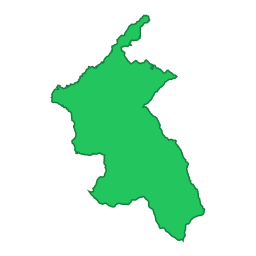 the district of Bolívar, Cauca, Colombia
{"feature_id": "7082276B53672126014760", "entity_name": "Bolívar", "entity_type": "district", "adm_level": 2, "iso_a3": "COL", "parent_name": "Colombia", "parent_adm1": "Cauca", "projection": "albers", "projection_center": [-76.986, 1.874], "detail": "fine", "context": "isolated", "style": "filled", "palette": "green", "viewbox_px": 256, "rotation_deg": 0, "n_neighbors": 0, "source": "geoboundaries", "source_scale": "gbopen_adm2", "svg_char_len": 5744}
<svg xmlns="http://www.w3.org/2000/svg" viewBox="0 0 256 256"><path d="M176.9,76.5L175.2,75.2L173.5,74.9L171.4,72.8L169.9,72.0L168.0,70.2L167.1,70.4L165.3,72.9L163.8,73.1L160.3,69.3L158.5,68.8L157.9,68.0L156.6,68.1L156.0,67.6L155.1,65.6L154.4,65.3L153.6,65.2L153.4,65.6L152.8,66.9L152.9,68.5L152.5,69.2L151.9,68.7L151.0,68.6L150.7,67.5L151.6,66.6L152.5,64.8L151.8,64.3L149.9,63.8L146.8,60.3L146.4,60.1L145.3,60.4L144.9,61.5L143.8,62.7L141.6,63.1L140.8,63.7L139.9,63.1L138.6,62.9L137.4,62.0L137.0,61.2L135.8,60.5L131.6,63.6L130.5,63.7L129.1,61.7L127.6,60.8L127.3,59.8L124.7,56.2L124.4,55.3L124.8,52.8L123.7,51.7L123.2,51.7L123.0,51.3L122.0,51.1L121.6,50.7L121.9,50.3L121.4,49.5L121.3,47.3L125.4,45.9L127.8,46.5L129.4,44.7L130.1,45.1L130.5,45.0L131.2,45.2L131.1,44.9L129.4,43.8L129.7,43.6L129.9,42.8L130.2,42.7L130.2,41.9L130.7,41.9L130.6,41.3L131.6,40.2L132.4,40.2L133.2,40.7L133.6,40.4L134.9,40.5L135.9,40.1L136.8,40.4L137.8,39.8L138.3,39.0L139.8,38.4L139.6,37.6L139.9,37.3L139.4,36.9L140.3,36.3L140.2,35.4L140.4,33.6L140.1,31.3L140.4,29.3L140.3,27.1L142.0,26.1L142.1,25.6L142.8,25.3L144.5,22.8L147.3,22.7L147.8,22.4L148.1,21.3L149.1,20.9L149.5,20.2L149.5,19.5L148.9,18.6L148.5,16.2L146.9,15.9L146.4,15.4L145.5,15.7L143.9,15.4L143.5,16.2L142.6,16.6L142.4,17.8L140.6,18.5L139.4,21.0L136.9,21.9L135.9,23.6L133.3,24.5L131.6,24.2L130.6,25.2L129.5,25.9L128.5,27.4L127.9,29.1L125.2,32.6L124.5,35.3L123.5,35.6L121.5,35.3L118.9,37.8L118.3,39.0L117.0,39.8L117.5,42.7L117.4,43.2L115.7,44.8L114.4,44.9L113.3,46.0L112.1,46.1L111.9,47.3L112.4,49.2L111.6,50.6L112.2,50.9L112.1,51.4L111.1,52.1L110.1,53.2L108.6,55.8L108.0,56.3L106.7,56.6L105.1,58.3L104.2,59.7L103.6,62.2L103.1,62.8L102.8,62.9L102.7,62.3L102.4,62.0L101.5,62.1L101.4,62.9L100.0,64.2L98.3,64.9L97.1,67.0L96.4,67.7L96.1,66.4L94.7,68.1L93.8,67.6L92.7,66.5L92.0,66.6L90.4,67.6L89.4,66.7L88.7,66.6L88.4,68.3L87.8,69.1L86.9,69.2L86.5,69.6L85.0,73.0L84.5,72.9L84.1,73.4L83.6,73.3L82.4,74.1L82.3,74.9L82.5,75.8L82.3,76.2L81.6,76.0L80.2,76.4L79.9,77.3L80.2,78.3L78.6,79.9L78.9,81.1L77.8,81.6L77.6,82.7L76.8,82.3L75.1,82.8L74.7,83.0L74.1,84.2L73.5,84.6L70.6,84.1L70.5,85.4L68.5,85.6L68.4,86.6L67.8,87.1L67.4,85.6L66.7,85.4L65.7,88.1L65.2,88.3L64.3,88.2L63.4,88.8L62.2,87.7L61.3,87.6L60.4,87.1L59.9,86.5L60.1,86.0L59.6,85.5L58.0,85.3L57.6,86.5L56.7,87.2L58.2,88.5L58.4,89.1L56.9,89.4L55.8,89.0L54.5,89.8L52.2,93.6L51.9,94.8L52.2,96.7L51.5,97.4L52.2,97.9L51.8,100.2L51.9,101.6L52.2,102.1L53.2,102.5L55.2,102.3L56.0,102.7L57.6,102.7L59.0,104.1L61.3,105.2L61.8,106.0L62.2,106.0L62.5,105.3L62.8,105.3L63.1,105.6L63.2,106.5L63.7,107.4L64.4,107.6L65.6,107.2L66.2,107.4L66.4,108.9L68.0,109.3L68.0,110.4L69.0,111.5L70.2,111.6L71.3,112.7L72.0,120.4L73.4,121.1L74.6,123.2L74.6,124.6L73.7,126.0L73.8,127.5L74.8,129.2L74.9,130.5L75.7,132.6L76.1,134.5L75.6,137.2L73.5,139.5L72.0,140.7L72.1,142.7L72.5,143.5L73.0,143.5L74.0,144.4L74.1,145.3L74.8,146.5L75.3,148.3L74.8,149.2L75.0,150.5L76.0,151.7L76.0,153.2L77.1,153.5L77.5,153.2L77.7,152.3L78.2,152.1L79.3,153.3L81.9,154.1L82.5,153.9L82.9,154.4L84.2,154.1L84.7,154.7L87.5,154.7L89.1,155.4L91.8,154.8L92.8,153.4L94.1,154.2L95.5,153.7L96.3,154.1L98.4,153.5L99.0,152.9L100.1,153.5L101.0,153.4L101.7,154.2L102.4,154.2L102.6,154.6L104.7,155.2L104.2,156.6L104.2,157.3L104.5,158.0L104.1,159.8L104.6,160.8L104.0,161.5L104.2,162.0L103.9,162.8L104.6,164.6L105.5,164.9L105.8,165.4L105.8,166.0L105.1,167.4L106.2,169.6L106.1,171.7L105.2,173.0L104.6,174.5L104.8,175.3L103.6,176.8L102.7,177.1L100.4,176.8L98.8,178.0L97.3,179.9L96.0,184.8L94.8,186.3L94.6,187.5L93.6,187.8L93.0,188.4L93.5,190.4L93.4,191.6L90.7,192.0L89.0,191.3L91.3,194.6L93.4,196.3L94.1,197.6L97.0,199.8L99.3,203.0L102.7,204.2L104.7,203.3L105.9,203.2L108.2,204.9L108.9,205.7L110.0,205.6L110.7,206.3L112.7,206.9L114.6,206.7L115.9,204.5L119.0,203.3L122.2,204.2L128.6,204.4L130.7,202.3L132.1,199.8L134.6,200.0L136.0,199.8L138.9,197.6L141.6,197.2L143.0,196.5L143.8,196.5L145.8,199.0L147.1,199.8L148.7,201.5L148.6,204.5L149.0,206.6L149.6,207.5L153.0,209.5L154.2,214.1L155.0,215.3L156.1,221.0L159.1,225.4L159.2,226.7L159.9,228.1L160.7,228.4L163.5,227.6L165.3,229.5L165.8,231.0L168.4,232.5L171.6,235.9L174.7,237.5L177.9,240.0L179.5,240.3L180.6,239.7L181.6,239.5L182.4,239.8L183.1,240.6L183.1,239.5L183.8,237.7L184.6,236.7L185.2,235.4L184.4,232.3L185.5,229.5L185.6,225.0L186.2,224.3L188.7,223.7L189.5,222.7L191.1,219.8L193.8,217.5L198.5,215.6L201.0,215.4L202.9,214.5L203.8,213.1L204.5,209.1L202.9,208.3L202.6,207.8L202.7,206.7L200.7,204.6L199.6,199.4L199.7,198.9L198.6,197.8L198.2,194.5L198.3,193.8L197.8,192.8L197.9,191.9L197.5,191.2L197.4,189.6L195.5,188.5L193.2,184.4L192.1,184.3L190.6,182.8L190.6,180.6L189.3,179.7L189.5,177.7L188.3,175.6L188.3,174.1L187.5,173.0L187.0,170.3L186.6,169.3L186.7,168.2L187.2,167.4L187.0,166.5L187.5,166.1L188.5,163.9L187.1,162.2L186.0,161.8L185.5,160.8L185.7,159.9L183.0,157.2L183.0,155.8L182.1,154.2L182.3,153.3L181.7,152.6L180.9,150.1L179.1,148.0L178.7,146.9L178.2,146.9L178.2,146.3L175.7,143.4L175.6,142.5L176.2,141.1L176.0,140.7L175.1,140.2L173.1,140.5L172.4,139.7L170.9,139.3L168.6,140.2L167.5,138.3L164.9,137.1L164.3,135.8L163.2,134.9L162.1,133.0L161.8,130.5L160.8,129.0L159.9,128.2L159.6,126.8L160.2,125.7L159.7,124.1L159.1,123.7L159.2,123.2L156.8,118.2L155.1,116.8L153.3,116.1L152.0,115.1L151.9,114.4L150.2,113.0L149.6,111.6L148.7,110.9L148.7,110.1L148.1,109.7L147.8,108.4L147.1,108.2L146.0,107.0L144.3,106.9L143.3,107.1L144.1,105.1L144.6,104.5L147.0,103.7L148.5,102.5L149.4,101.1L150.3,100.6L151.7,99.0L152.4,97.1L153.9,94.9L154.5,93.1L155.6,91.9L157.4,91.6L157.5,90.4L158.4,89.8L159.8,87.9L161.7,86.7L163.4,85.0L164.3,83.8L164.6,82.3L166.2,81.6L166.8,80.9L169.0,79.5L170.3,79.2L171.5,79.4L172.5,78.7L175.5,78.0L176.9,76.5Z" fill="#22c55e" stroke="#15803d" stroke-width="1.5"/></svg>